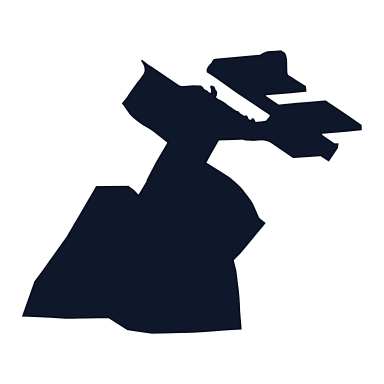 the district of Comuna 2, Ciudad de Buenos Aires, Argentina
{"feature_id": "61730980B26508052382857", "entity_name": "Comuna 2", "entity_type": "district", "adm_level": 2, "iso_a3": "ARG", "parent_name": "Argentina", "parent_adm1": "Ciudad de Buenos Aires", "projection": "robinson", "projection_center": [-58.391, -34.584], "detail": "fine", "context": "isolated", "style": "filled", "palette": "ink", "viewbox_px": 384, "rotation_deg": 0, "n_neighbors": 0, "source": "geoboundaries", "source_scale": "gbopen_adm2", "svg_char_len": 5196}
<svg xmlns="http://www.w3.org/2000/svg" viewBox="0 0 384 384"><path d="M337.7,144.1L336.4,144.1L334.2,144.1L323.0,136.4L321.3,135.0L321.0,133.5L321.4,133.1L346.4,131.0L348.4,130.8L361.0,129.5L360.9,125.4L348.3,116.6L325.4,101.2L309.2,102.6L297.3,103.5L294.3,103.8L279.4,105.3L278.5,105.4L265.1,96.4L265.1,94.6L275.8,93.7L289.5,92.6L305.7,91.0L305.5,89.6L305.4,88.8L305.2,86.6L301.2,84.1L298.2,82.2L295.3,80.4L291.3,77.7L287.9,75.7L287.0,74.5L286.7,73.1L286.6,71.7L286.5,70.5L286.5,69.4L286.5,68.3L286.5,67.8L286.4,64.9L286.4,63.2L286.4,61.8L286.4,60.7L286.2,59.5L286.2,58.7L285.8,57.6L285.6,56.3L285.2,55.0L284.8,54.1L284.4,53.6L284.1,53.1L283.6,52.8L283.4,52.6L282.0,52.0L281.3,51.2L280.1,51.1L278.5,51.3L274.7,51.6L272.0,51.7L269.8,51.8L267.0,52.1L264.6,53.1L262.8,53.9L262.0,54.5L261.5,54.8L260.6,55.4L218.9,59.2L218.1,59.2L216.7,59.4L215.2,59.6L214.5,59.8L213.8,60.1L213.3,60.8L212.2,62.7L212.0,63.1L211.3,64.0L211.2,64.1L210.6,64.7L209.2,66.2L208.3,67.6L207.4,69.4L207.3,70.8L207.7,72.0L209.4,73.0L211.1,74.1L217.2,78.1L220.5,80.5L237.8,92.8L253.0,102.9L261.3,108.5L262.3,109.2L269.0,113.6L270.1,114.4L270.5,115.6L270.5,116.4L266.4,121.4L262.5,122.0L259.8,122.3L255.3,122.7L254.7,122.2L254.3,121.0L254.0,120.3L253.4,119.5L253.0,119.0L252.9,118.9L252.4,119.0L252.1,119.5L251.6,120.2L250.6,120.6L249.2,120.3L248.4,119.9L247.7,118.9L247.3,118.0L247.2,117.7L246.9,116.8L246.2,116.1L245.5,116.4L243.9,116.6L242.8,115.9L241.7,115.2L241.1,114.8L239.5,113.8L239.2,113.4L238.8,112.9L238.4,112.2L237.3,111.8L237.0,111.7L236.1,111.6L235.0,110.8L233.5,109.9L232.2,109.0L231.1,108.1L229.5,107.2L226.7,105.2L225.4,104.0L224.1,103.2L223.3,102.6L221.8,101.7L220.9,101.1L219.8,100.5L218.5,100.1L216.9,99.0L216.0,98.5L215.5,97.8L215.2,96.8L215.7,96.1L215.8,95.8L216.2,95.0L216.3,93.9L216.4,93.5L216.4,92.8L216.2,91.7L216.0,91.4L215.5,91.0L215.1,90.4L214.5,89.0L214.1,87.7L213.7,87.1L213.0,86.8L212.4,86.7L211.7,86.2L211.1,86.4L210.9,87.2L211.3,88.1L211.8,89.1L211.7,90.2L211.7,91.2L211.7,92.4L211.4,93.0L211.2,93.3L210.5,93.7L209.6,93.6L208.6,93.0L207.7,92.2L206.8,91.2L205.5,90.8L204.6,90.2L203.4,89.3L202.9,88.5L202.3,87.7L201.7,87.0L201.1,86.6L200.2,86.2L196.4,86.2L193.4,86.0L192.6,86.1L185.1,86.7L181.3,86.9L178.5,85.8L154.8,69.7L152.3,68.0L151.6,67.5L150.1,66.6L148.1,65.4L147.5,65.0L141.7,60.4L141.8,60.6L144.1,64.4L144.9,66.4L145.2,68.0L145.4,69.8L145.3,71.2L144.7,73.4L143.5,75.3L143.2,75.6L140.4,79.7L139.3,81.0L138.6,81.8L137.7,82.9L129.6,94.3L127.5,97.7L124.6,101.2L123.9,102.1L122.8,103.3L124.6,105.7L126.7,108.7L130.3,113.9L133.4,116.9L134.1,117.6L137.7,120.5L138.8,121.4L143.1,124.4L143.6,124.7L149.8,128.3L153.0,130.4L153.2,130.5L158.4,134.6L158.9,135.0L166.5,141.0L167.7,142.0L168.3,142.5L166.9,145.0L165.6,147.2L157.9,160.3L156.8,162.1L147.4,180.2L148.0,180.3L143.1,188.5L138.6,195.9L134.2,191.2L133.5,190.6L132.5,189.8L128.1,186.5L127.4,186.6L112.5,186.7L102.6,186.8L96.5,186.8L94.8,190.0L89.6,198.8L85.6,205.7L82.5,211.0L81.8,212.2L80.5,214.5L75.1,223.6L73.9,225.7L72.1,228.8L71.6,229.6L69.0,234.0L67.3,237.0L59.0,248.6L50.5,260.5L50.0,261.2L49.5,261.9L46.4,266.3L41.6,273.0L35.0,281.8L33.3,286.7L30.2,295.6L26.6,305.6L23.0,315.9L25.4,315.9L25.6,315.9L33.3,316.2L43.6,316.7L45.6,316.8L52.3,317.1L52.6,317.1L53.0,317.2L53.5,317.2L65.7,318.0L72.2,318.0L77.4,317.9L78.5,317.8L81.7,317.8L82.4,317.8L93.1,317.6L98.7,317.5L100.9,317.5L106.2,317.5L107.3,317.5L108.9,317.5L114.8,321.2L115.5,321.7L116.9,322.6L119.6,324.3L123.7,326.9L124.1,327.2L127.6,329.4L131.7,330.0L133.6,330.3L134.6,330.5L139.1,331.1L143.2,331.7L151.8,332.9L152.2,332.9L152.7,332.9L163.7,332.7L167.7,332.6L173.9,332.4L182.2,332.2L182.4,332.2L184.5,332.2L194.4,331.9L195.5,331.8L205.8,331.2L206.3,331.1L207.1,331.1L216.3,330.4L219.9,330.1L220.3,330.0L221.3,330.0L221.9,329.9L231.2,329.3L231.5,329.3L232.6,329.2L240.8,328.8L240.2,320.7L240.1,319.7L240.0,318.8L239.3,309.7L239.3,308.7L239.3,307.6L238.8,298.6L238.6,296.8L238.5,295.2L237.8,288.0L237.6,287.1L237.5,286.2L235.6,270.8L233.0,260.5L232.7,260.2L233.2,259.7L240.4,252.4L247.8,243.5L255.1,234.6L263.4,224.7L264.6,223.1L263.9,222.6L261.5,220.7L258.5,218.2L256.3,213.1L255.6,211.5L254.8,209.7L254.3,208.5L252.3,204.1L250.3,200.8L248.4,198.3L247.5,197.0L246.0,195.1L244.1,192.6L242.5,190.4L240.1,187.7L236.7,184.4L233.5,181.5L231.6,180.0L229.8,178.4L229.4,178.1L229.0,177.8L227.6,176.9L226.4,176.1L225.4,175.5L224.4,174.8L223.6,174.3L222.2,173.4L221.1,172.7L220.3,172.2L219.1,171.4L217.9,170.7L217.2,170.3L216.0,169.5L214.2,168.4L213.3,167.8L212.8,167.6L212.4,167.3L212.0,167.0L211.4,166.7L210.5,166.1L209.9,165.7L209.6,165.5L209.2,165.2L208.7,164.9L207.7,164.3L207.4,164.1L207.0,163.9L206.5,163.7L205.9,163.5L205.2,163.3L208.3,157.6L208.4,157.3L214.5,146.6L218.2,140.1L218.4,139.7L219.9,139.7L221.2,139.6L229.4,139.4L230.5,139.3L235.5,139.2L240.6,139.0L242.9,138.9L243.2,139.0L243.4,139.1L244.2,139.4L245.1,139.6L246.4,139.8L247.7,139.9L249.3,139.8L250.1,139.9L250.9,140.0L252.6,140.1L254.3,140.1L257.5,139.8L258.8,139.7L260.2,139.6L261.5,139.6L262.8,139.6L264.1,139.8L265.4,140.0L266.7,140.3L268.0,140.7L269.2,141.2L270.8,141.9L293.3,157.3L315.0,155.8L320.8,155.4L328.6,160.5L337.2,147.8L337.6,144.9L337.7,144.1Z" fill="#0f172a" stroke="#020617" stroke-width="1.5"/></svg>